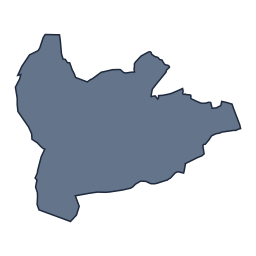 outline of Gwarzo, Kano, Nigeria
{"feature_id": "59680162B96182902271382", "entity_name": "Gwarzo", "entity_type": "district", "adm_level": 2, "iso_a3": "NGA", "parent_name": "Nigeria", "parent_adm1": "Kano", "projection": "orthographic", "projection_center": [7.983, 11.901], "detail": "fine", "context": "isolated", "style": "filled", "palette": "slate", "viewbox_px": 256, "rotation_deg": 0, "n_neighbors": 0, "source": "geoboundaries", "source_scale": "gbopen_adm2", "svg_char_len": 2248}
<svg xmlns="http://www.w3.org/2000/svg" viewBox="0 0 256 256"><path d="M169.5,67.3L168.9,65.9L167.7,65.2L166.0,65.0L164.5,64.2L163.6,62.9L162.4,60.8L162.0,60.0L159.8,59.6L157.9,57.4L154.5,56.4L152.9,55.1L151.6,54.3L151.4,53.4L151.1,52.4L150.2,51.8L149.0,51.8L147.3,52.6L141.1,56.0L135.5,62.0L134.4,63.8L134.4,64.9L134.4,67.0L134.0,68.8L134.3,70.6L134.4,71.2L134.5,72.0L134.4,72.0L132.8,72.1L130.4,72.3L125.9,73.0L123.8,72.6L122.0,71.2L121.1,70.2L120.4,69.6L118.0,69.5L112.4,69.7L102.5,72.0L101.3,72.2L92.2,78.9L90.8,79.4L87.2,81.9L75.6,77.5L74.4,74.2L73.4,72.1L72.3,70.1L69.7,62.8L67.4,62.6L65.3,59.4L63.0,59.1L63.0,58.7L61.5,54.0L60.3,40.6L59.5,34.8L45.2,34.5L43.3,37.4L40.8,44.8L39.8,47.9L38.5,50.1L37.6,50.9L29.5,54.9L21.8,66.4L17.7,75.4L20.8,74.5L19.6,79.0L15.4,87.2L16.7,95.2L17.2,98.4L17.2,104.6L17.9,111.5L28.6,127.0L31.6,133.7L32.0,139.3L37.4,142.9L40.8,146.5L43.1,148.5L44.8,149.1L41.2,156.8L37.6,170.7L37.3,173.1L35.1,178.1L37.1,180.2L36.7,181.0L35.6,187.2L37.4,192.6L37.5,197.5L37.1,204.5L39.0,209.9L70.5,221.5L76.5,215.0L79.2,206.3L75.6,196.5L75.3,195.8L89.1,193.3L95.9,192.3L97.5,192.1L105.8,192.3L109.4,192.0L122.1,190.1L130.6,188.2L133.4,186.4L133.6,185.9L135.7,184.0L140.7,181.1L146.0,181.4L148.2,182.5L150.9,183.7L154.5,183.8L156.9,183.3L165.3,180.6L165.7,180.4L166.2,180.4L167.0,180.2L168.6,179.1L170.6,177.9L175.3,172.8L178.0,171.7L183.6,173.1L184.1,171.3L185.5,163.7L185.4,163.6L197.0,157.8L201.9,155.8L204.1,153.9L202.9,146.0L203.3,144.6L205.3,144.2L209.1,139.7L211.5,135.9L215.8,133.8L219.6,133.1L221.9,132.1L233.5,130.4L235.9,130.4L237.3,129.6L239.1,129.0L240.6,128.6L239.6,124.4L233.6,108.7L232.0,104.1L226.7,102.5L221.7,101.4L220.8,105.6L216.2,107.9L212.1,108.2L210.7,102.5L208.5,102.3L205.6,103.2L201.1,103.2L196.1,101.1L194.8,100.4L191.3,98.8L190.7,98.0L191.0,96.1L190.7,95.2L189.6,94.8L188.0,94.7L186.3,94.6L185.2,94.0L184.8,94.2L184.4,94.4L183.4,94.3L182.9,93.8L182.7,93.5L183.1,91.0L182.6,88.5L176.6,91.2L175.1,91.8L173.5,92.5L173.1,92.7L172.1,93.1L170.6,93.6L168.8,94.1L166.3,94.6L164.0,95.1L162.6,95.3L161.3,95.4L158.6,95.6L158.6,96.9L158.3,98.4L157.7,99.1L155.2,95.9L153.1,96.2L151.2,96.6L151.2,95.1L152.3,89.2L156.3,84.1L165.9,72.3L166.7,69.8L169.5,67.3Z" fill="#64748b" stroke="#1e293b" stroke-width="1.5"/></svg>